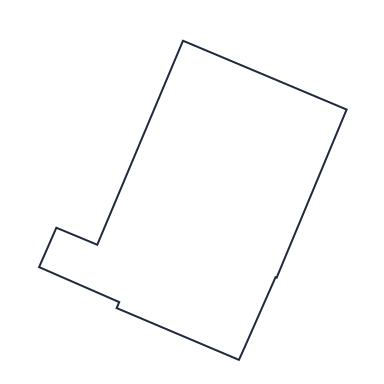 Rio Grande, Colorado, United States of America, rotated 293°
{"feature_id": "52423323B79195844352338", "entity_name": "Rio Grande", "entity_type": "district", "adm_level": 2, "iso_a3": "USA", "parent_name": "United States of America", "parent_adm1": "Colorado", "projection": "albers", "projection_center": [-106.533, 37.617], "detail": "fine", "context": "isolated", "style": "outline", "palette": "slate", "viewbox_px": 384, "rotation_deg": 293, "n_neighbors": 0, "source": "geoboundaries", "source_scale": "gbopen_adm2", "svg_char_len": 302}
<svg xmlns="http://www.w3.org/2000/svg" viewBox="0 0 384 384"><g transform="rotate(293 192 192)"><path d="M69.0,301.1L146.2,302.2L146.2,303.4L328.3,302.1L327.7,124.6L106.4,125.4L106.1,81.1L63.1,80.6L62.2,168.0L55.7,168.0L55.8,300.8L69.0,301.1Z" fill="none" stroke="#1e293b" stroke-width="2"/></g></svg>